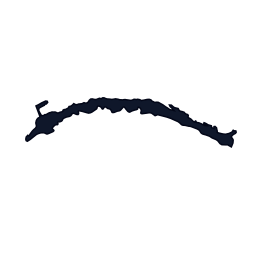 map outline of Kuna Yala (orthographic projection), rotated 339°
{"feature_id": "PAN-1419", "entity_name": "Kuna Yala", "entity_type": "Indigenous Territory", "adm_level": 1, "iso_a3": "PAN", "parent_name": "Panama", "parent_adm1": "", "projection": "orthographic", "projection_center": [-78.371, 9.056], "detail": "fine", "context": "isolated", "style": "filled", "palette": "ink", "viewbox_px": 256, "rotation_deg": 339, "n_neighbors": 0, "source": "natural_earth", "source_scale": "10m", "svg_char_len": 3832}
<svg xmlns="http://www.w3.org/2000/svg" viewBox="0 0 256 256"><g transform="rotate(339 128 128)"><path d="M227.6,169.3L227.5,170.7L226.4,171.5L224.7,171.7L223.0,172.1L221.3,173.2L221.2,174.0L221.7,175.0L221.9,176.9L220.6,179.6L217.7,182.7L214.9,179.3L213.6,178.9L209.6,177.2L208.3,175.5L207.2,172.0L206.1,170.4L202.9,167.3L201.2,164.9L198.3,162.4L195.7,160.5L194.9,159.5L194.4,158.6L194.3,158.0L194.0,156.5L193.4,155.0L192.2,153.6L188.0,149.8L186.8,148.8L185.2,148.0L182.3,146.0L180.5,145.2L179.5,144.5L178.8,143.3L178.2,141.9L177.1,140.1L171.3,134.3L168.2,131.7L160.5,126.2L157.7,126.2L155.3,122.5L154.5,122.0L153.4,121.4L146.2,119.7L145.5,119.2L145.3,118.6L146.4,116.9L146.9,115.7L146.3,113.4L145.5,112.5L144.8,112.2L144.4,112.6L144.2,113.0L143.9,113.6L143.5,113.8L142.6,113.9L140.2,113.6L137.6,113.5L135.3,113.8L134.4,113.2L133.8,112.3L132.8,109.5L132.3,107.7L131.9,106.9L131.2,106.7L127.5,108.6L126.7,108.8L125.9,108.8L123.9,108.4L120.9,108.5L119.4,108.2L118.8,107.7L118.6,107.0L118.7,106.3L118.6,105.5L118.3,104.5L117.7,103.6L117.2,103.1L116.4,102.8L116.0,102.4L115.6,101.8L115.2,100.9L114.3,100.1L113.5,100.0L112.8,100.4L112.0,101.0L111.3,101.3L110.8,101.0L110.4,99.2L109.9,98.2L108.5,97.0L107.6,96.8L106.9,97.2L106.0,98.5L105.5,98.9L100.0,100.2L98.4,100.3L96.6,100.0L95.1,99.0L91.4,96.2L89.1,94.7L88.0,94.4L87.5,94.7L87.2,96.5L86.8,97.2L86.1,97.5L84.7,96.8L82.9,95.0L82.2,94.6L81.6,94.6L80.9,94.7L80.5,95.0L79.9,95.5L79.0,96.0L77.6,96.2L74.4,95.7L72.6,95.8L71.1,95.9L70.4,96.3L69.1,97.5L68.1,97.8L66.5,97.8L65.4,97.4L64.7,97.3L64.3,97.5L64.2,97.9L64.2,98.7L64.0,99.2L63.4,99.6L62.3,99.2L61.4,99.1L60.5,99.2L58.0,100.4L57.4,100.8L57.1,101.5L57.3,102.2L57.6,102.8L57.9,103.4L57.9,103.8L57.5,104.2L56.5,104.5L51.8,104.7L50.2,104.6L49.5,104.0L48.8,103.2L47.9,102.4L45.7,101.5L44.3,101.2L42.7,101.1L41.3,101.1L39.9,101.3L32.7,103.6L29.3,104.3L28.5,103.5L28.4,102.8L28.6,101.8L29.3,100.6L29.9,99.8L31.9,98.9L32.3,99.9L32.7,100.0L34.7,98.4L37.6,96.6L39.3,95.8L41.3,95.1L42.3,94.5L42.9,93.9L43.2,93.3L43.4,92.6L43.6,91.0L43.9,90.0L45.1,88.2L46.0,87.4L47.1,86.7L47.8,86.5L48.6,86.4L49.5,86.2L49.9,85.5L50.0,76.6L50.0,74.4L52.7,74.2L56.4,73.6L60.8,73.3L62.2,74.1L62.2,75.3L60.4,76.3L59.1,76.0L58.1,76.8L56.9,76.9L53.7,77.3L52.0,77.6L50.9,79.6L51.1,82.0L51.7,85.5L53.5,86.1L55.2,85.7L56.3,86.2L57.6,85.9L59.0,85.7L60.1,85.6L61.2,85.8L62.7,85.8L64.5,86.6L65.6,86.9L66.5,87.7L67.3,88.4L67.8,89.2L68.6,89.0L69.9,88.9L70.8,89.0L71.8,89.2L73.1,89.1L73.7,88.1L74.8,87.9L76.7,88.3L79.7,87.8L80.6,86.8L82.3,87.1L83.5,86.9L84.7,86.5L86.1,85.8L87.2,87.2L88.8,88.0L90.2,87.9L93.7,88.8L96.0,88.6L97.4,89.7L99.0,89.9L100.5,89.3L101.7,88.3L103.5,87.6L105.0,88.0L107.1,89.4L108.5,90.0L112.0,90.0L113.7,91.2L114.8,90.7L116.4,91.2L117.5,92.3L118.7,93.3L121.5,94.6L122.6,95.3L124.1,95.8L126.8,96.3L128.9,97.5L130.5,98.7L132.1,99.4L133.1,99.9L134.1,100.0L135.5,100.4L136.8,101.2L138.5,102.1L140.4,103.2L142.0,103.5L143.6,103.3L144.6,103.6L145.9,104.4L147.3,104.6L149.2,105.8L150.2,107.1L152.9,107.7L156.2,108.2L158.2,108.9L159.5,110.0L159.9,111.3L162.2,113.8L163.5,114.0L165.4,114.8L168.8,118.8L170.6,121.6L172.0,123.4L173.6,125.8L177.2,128.2L176.6,126.7L176.2,125.4L175.0,123.0L174.9,121.4L176.7,122.2L178.0,124.7L178.9,125.8L181.8,127.8L182.1,130.2L183.2,131.3L184.5,132.1L186.1,133.5L186.4,134.7L187.3,135.9L188.5,136.8L188.8,137.8L187.8,139.7L189.8,142.0L191.3,145.3L192.4,146.5L193.4,145.6L193.8,145.8L193.9,147.3L196.0,148.5L198.1,150.5L200.4,153.2L202.4,154.1L201.9,153.2L201.2,152.6L200.6,151.9L200.4,150.8L200.9,150.3L202.0,151.3L203.2,152.7L203.5,153.4L206.6,155.8L206.3,157.7L208.2,159.3L208.8,157.5L209.8,157.7L210.7,159.5L210.4,161.2L210.2,162.8L209.7,164.1L211.1,165.3L214.3,167.5L216.8,168.8L220.3,169.3L223.5,169.1L225.4,167.8L225.8,168.4L226.4,168.8L227.0,169.1L227.6,169.3Z" fill="#0f172a" stroke="#020617" stroke-width="1.5"/></g></svg>